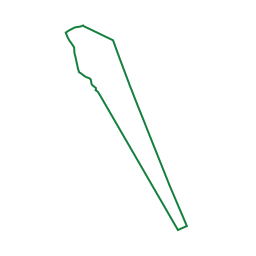 outline of Al Buhaira, River Nile, Sudan, rotated 156°
{"feature_id": "16777658B74414599531320", "entity_name": "Al Buhaira", "entity_type": "district", "adm_level": 2, "iso_a3": "SDN", "parent_name": "Sudan", "parent_adm1": "River Nile", "projection": "natural_earth1", "projection_center": [32.571, 20.233], "detail": "fine", "context": "isolated", "style": "outline", "palette": "green", "viewbox_px": 256, "rotation_deg": 156, "n_neighbors": 0, "source": "geoboundaries", "source_scale": "gbopen_adm2", "svg_char_len": 1327}
<svg xmlns="http://www.w3.org/2000/svg" viewBox="0 0 256 256"><g transform="rotate(156 128 128)"><path d="M123.9,14.5L119.9,14.5L115.1,14.5L114.6,14.5L114.4,14.5L114.1,14.5L114.1,15.7L114.0,19.8L114.0,20.3L114.0,20.5L113.9,24.0L113.8,33.3L113.8,34.1L113.6,44.9L113.4,56.9L113.4,57.5L113.4,58.4L113.4,59.0L113.3,60.9L112.5,80.7L112.3,86.6L111.9,96.3L111.3,112.2L111.1,116.3L110.9,122.2L110.7,125.7L110.5,131.2L110.5,131.8L109.8,150.3L109.6,154.7L109.3,160.0L109.2,163.4L109.1,165.7L109.1,166.1L109.1,166.5L108.9,168.2L108.6,173.6L107.4,193.9L107.2,196.9L107.1,198.4L107.0,199.8L106.9,201.4L106.1,212.7L106.1,213.1L106.0,214.1L106.9,215.3L108.0,216.6L110.1,219.1L111.1,220.2L111.9,221.2L112.4,221.8L112.8,222.3L113.1,222.6L114.3,224.0L116.1,226.2L117.3,227.6L120.8,231.7L125.4,237.1L126.3,238.2L126.9,238.9L127.4,239.5L127.4,239.9L128.2,240.0L130.0,240.0L134.2,241.1L135.7,241.5L142.4,241.1L145.5,240.5L146.0,240.5L146.1,239.2L146.3,236.5L146.0,231.6L145.3,228.7L144.6,224.8L144.5,223.3L146.4,218.4L147.1,214.4L147.3,213.3L149.1,204.6L149.8,201.4L149.7,200.8L150.0,198.8L148.8,197.1L146.5,192.9L144.7,190.7L143.0,189.1L142.3,187.4L143.3,183.5L143.3,181.9L141.1,177.7L141.6,176.2L142.2,175.7L140.9,173.6L140.3,169.7L132.5,96.1L130.8,80.0L124.0,15.7L123.9,14.6L123.9,14.5Z" fill="none" stroke="#15803d" stroke-width="2"/></g></svg>